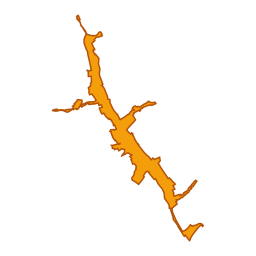 the district of Balan, Harghita, Romania
{"feature_id": "2599482B6539282890609", "entity_name": "Balan", "entity_type": "district", "adm_level": 2, "iso_a3": "ROU", "parent_name": "Romania", "parent_adm1": "Harghita", "projection": "orthographic", "projection_center": [25.807, 46.657], "detail": "fine", "context": "isolated", "style": "filled", "palette": "amber", "viewbox_px": 256, "rotation_deg": 0, "n_neighbors": 0, "source": "geoboundaries", "source_scale": "gbopen_adm2", "svg_char_len": 5769}
<svg xmlns="http://www.w3.org/2000/svg" viewBox="0 0 256 256"><path d="M79.1,19.8L80.0,19.2L79.0,17.4L78.5,15.8L78.0,15.4L76.7,16.3L77.1,16.9L77.2,17.4L77.0,17.7L77.1,18.2L76.9,18.6L77.2,19.3L77.6,19.4L78.1,20.3L78.4,20.2L79.1,21.2L80.0,22.4L80.4,23.3L80.6,24.4L81.1,25.9L82.5,27.3L83.7,29.6L86.0,33.0L86.0,34.7L84.8,37.1L84.0,40.0L84.2,43.4L85.9,48.3L87.5,51.6L88.0,55.1L90.0,63.7L90.5,66.4L91.4,70.2L90.8,70.2L90.8,70.5L88.6,70.9L87.3,70.2L87.1,70.3L87.1,70.6L88.2,71.4L88.3,75.5L88.4,76.5L91.3,76.3L91.4,82.3L90.5,83.4L90.7,84.8L90.4,86.3L89.6,86.6L88.3,87.9L88.9,89.3L89.0,92.6L89.1,93.4L89.6,94.7L90.9,94.3L92.2,94.2L92.6,95.2L93.2,95.7L94.1,97.1L95.0,98.3L96.2,100.5L94.7,101.3L93.3,101.8L92.0,101.9L90.0,101.8L87.3,102.2L84.3,103.7L83.2,104.0L81.8,104.7L80.5,105.7L80.4,105.1L80.9,104.7L81.0,104.3L81.8,102.8L82.1,101.4L81.9,100.1L78.1,99.7L77.2,99.9L77.0,101.0L74.3,103.7L74.7,104.5L72.7,106.1L73.6,106.5L73.0,107.9L72.1,108.8L71.0,109.4L68.9,109.3L66.0,109.8L64.9,110.2L60.5,109.7L57.5,110.3L57.2,109.2L53.5,109.8L52.8,110.2L52.7,110.6L53.3,110.8L54.8,110.8L55.2,111.0L55.3,111.2L55.6,111.2L56.0,111.0L56.7,111.1L59.0,110.6L59.7,110.1L63.7,110.7L65.7,111.7L67.5,112.2L68.9,111.6L71.2,110.1L73.1,109.0L73.3,109.5L75.8,108.6L77.0,108.7L77.1,108.9L77.0,109.4L77.8,109.1L78.7,108.3L79.5,106.8L79.5,106.4L81.2,106.1L81.5,107.0L85.2,105.0L85.0,104.7L87.4,103.7L88.7,103.4L88.8,104.2L89.7,104.0L89.8,104.5L91.4,104.1L93.1,104.1L93.2,103.7L93.8,103.7L93.8,103.9L95.3,103.8L95.2,103.5L96.7,103.3L98.2,102.7L98.7,104.8L99.1,105.6L100.5,104.9L100.5,105.0L101.2,104.8L102.3,107.2L100.7,107.8L99.4,108.0L99.4,108.3L100.6,111.5L101.8,113.9L102.2,114.0L103.7,113.1L104.7,114.6L105.6,116.2L108.6,119.2L109.4,118.7L109.6,119.3L110.7,119.4L111.5,120.1L111.2,120.6L111.8,121.0L112.0,121.7L112.9,122.9L113.2,123.8L113.5,125.5L114.6,124.9L115.5,127.5L116.4,129.2L114.6,130.1L113.5,129.4L112.5,129.8L110.6,129.8L109.9,131.4L111.0,131.7L111.2,133.2L112.8,137.1L112.6,137.2L113.8,138.9L114.7,140.3L115.0,140.6L115.5,140.2L117.6,143.3L119.3,143.7L119.9,143.6L119.8,144.0L116.0,144.4L112.6,145.4L111.5,145.3L112.2,146.5L112.3,147.9L112.5,148.4L113.8,148.3L114.5,149.6L117.4,148.5L118.9,150.8L119.5,150.3L120.6,149.8L121.6,148.6L122.5,149.1L124.6,149.5L124.5,152.1L124.0,152.9L122.1,155.2L121.9,155.8L127.9,152.7L130.4,154.4L131.5,154.6L132.0,155.1L129.8,156.6L131.1,157.8L131.8,158.7L130.9,159.6L131.8,161.4L132.7,164.1L133.8,163.6L135.6,165.1L136.3,166.7L135.8,168.1L136.2,169.1L135.1,170.6L134.5,171.7L134.1,174.4L133.0,176.4L131.9,177.7L131.8,178.5L132.1,179.9L134.8,181.6L135.8,182.1L138.6,184.4L142.2,179.9L144.2,176.9L143.4,176.1L143.6,175.6L145.1,173.0L145.9,172.3L146.7,171.4L148.0,171.6L148.9,172.0L148.6,172.3L149.2,173.4L154.2,179.4L155.3,178.7L156.1,179.8L158.1,183.8L162.3,189.1L163.6,191.8L164.0,192.6L164.6,198.5L167.9,202.9L169.2,205.6L169.3,208.2L170.9,208.3L170.6,209.5L171.4,212.3L172.9,216.5L173.3,219.5L177.2,224.6L177.8,226.0L178.4,227.1L183.9,235.8L184.3,236.3L184.6,236.1L185.4,235.2L189.4,240.6L190.2,239.7L190.4,238.8L191.4,236.7L192.7,234.6L198.5,227.2L201.1,225.1L201.8,225.4L202.6,226.4L203.3,225.5L201.4,223.8L200.8,223.5L200.4,223.6L199.3,223.6L198.6,223.7L197.0,224.8L195.9,225.0L195.6,225.4L193.8,225.5L192.5,226.3L190.4,224.8L188.4,227.6L185.4,230.2L182.5,231.5L176.1,220.4L172.7,212.7L172.1,210.3L172.1,208.1L177.1,204.0L176.4,202.7L175.7,201.9L176.0,201.4L177.0,201.0L176.4,199.8L177.6,199.8L178.5,199.6L179.3,199.3L181.6,197.3L182.1,197.6L183.7,196.3L185.1,194.7L185.3,194.9L186.4,193.8L188.6,192.3L189.7,190.3L191.5,188.6L191.0,188.3L191.9,186.3L192.8,186.9L194.7,184.1L196.9,181.2L195.5,180.3L194.8,180.9L194.1,181.6L192.8,183.5L192.0,184.1L190.9,185.9L188.8,187.8L187.9,189.9L186.3,191.7L186.1,191.4L183.9,192.6L184.0,193.1L182.3,194.7L182.2,194.5L180.0,195.5L179.8,194.4L175.7,195.6L175.0,196.0L173.9,196.1L173.4,193.6L173.9,193.4L172.5,190.0L174.8,189.1L173.1,185.6L175.2,184.3L174.7,183.3L173.3,182.2L170.1,178.6L169.2,177.9L168.2,178.5L161.4,168.5L158.2,163.3L160.2,160.8L159.6,157.2L155.2,159.1L154.7,159.5L152.9,158.0L151.2,159.7L148.7,156.6L146.4,154.8L143.6,151.8L138.2,144.8L138.7,144.4L138.5,144.1L138.0,144.4L137.1,142.9L135.7,141.0L135.8,140.9L135.7,140.7L135.6,140.8L135.4,140.6L134.0,137.1L132.9,135.4L133.1,135.2L132.8,134.5L132.8,134.0L132.7,133.4L131.9,133.3L131.6,132.9L131.1,133.6L131.2,133.8L131.0,134.2L128.1,131.8L127.4,130.6L126.7,129.8L127.4,128.8L135.5,119.9L134.6,118.2L132.8,115.2L134.1,113.6L133.8,112.9L138.6,110.5L139.1,110.4L139.8,111.2L140.5,110.5L140.0,109.8L140.6,109.3L141.7,108.1L142.1,108.5L143.1,107.5L143.9,107.0L145.1,106.7L146.0,106.1L150.2,104.9L150.6,104.8L151.1,105.4L152.6,105.1L154.9,104.0L155.9,103.6L155.5,102.9L155.0,102.2L152.8,102.7L151.6,102.6L149.4,102.0L148.7,101.2L145.9,103.3L144.0,104.2L139.7,107.1L138.1,106.3L136.6,107.0L135.2,105.9L133.7,106.6L132.3,108.2L134.2,109.9L133.2,110.2L132.0,110.2L132.1,110.4L130.2,112.1L129.3,113.9L129.0,114.1L128.6,114.4L128.4,114.2L127.2,115.0L125.8,116.1L122.4,118.4L121.3,118.8L120.4,119.6L119.7,119.4L119.6,118.8L117.8,115.2L117.6,114.4L117.2,114.5L113.9,110.5L113.1,109.2L110.0,102.7L109.9,99.5L108.0,99.2L107.4,96.2L104.4,88.8L103.3,87.0L102.6,86.1L101.6,85.4L102.9,84.3L99.7,76.0L99.4,74.2L99.4,72.5L99.9,69.5L99.7,68.0L98.6,64.6L98.5,63.4L98.7,60.1L98.9,58.8L98.2,57.5L95.5,54.2L95.0,54.6L93.0,50.8L93.1,50.1L93.8,50.3L94.0,50.2L94.3,49.7L94.1,48.6L94.4,48.7L93.3,46.8L91.9,43.7L92.0,43.1L92.5,42.5L93.2,42.2L94.8,40.7L94.1,40.0L96.2,37.4L98.6,37.0L100.5,36.5L102.2,35.8L102.0,35.5L102.0,35.2L101.6,34.8L101.9,34.1L101.9,33.8L100.4,31.8L99.0,32.4L98.5,32.9L97.6,34.3L96.1,35.5L93.8,35.7L90.9,35.5L89.0,35.0L86.6,34.0L85.8,31.7L82.9,27.5L81.7,26.2L80.9,24.8L79.8,21.5L79.7,20.8L79.1,19.8Z" fill="#f59e0b" stroke="#b45309" stroke-width="1.5"/></svg>